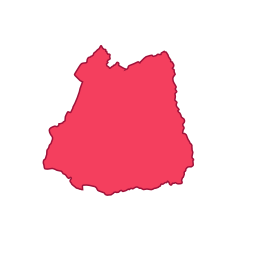 outline of Sop Prap, Lampang, Thailand, rotated 308°
{"feature_id": "78962969B39670710087023", "entity_name": "Sop Prap", "entity_type": "district", "adm_level": 2, "iso_a3": "THA", "parent_name": "Thailand", "parent_adm1": "Lampang", "projection": "orthographic", "projection_center": [99.346, 17.89], "detail": "fine", "context": "isolated", "style": "filled", "palette": "rose", "viewbox_px": 256, "rotation_deg": 308, "n_neighbors": 0, "source": "geoboundaries", "source_scale": "gbopen_adm2", "svg_char_len": 5775}
<svg xmlns="http://www.w3.org/2000/svg" viewBox="0 0 256 256"><g transform="rotate(308 128 128)"><path d="M88.8,71.0L88.0,71.5L87.0,71.8L85.4,71.3L85.2,71.0L84.5,69.3L83.9,68.8L82.2,67.8L80.6,67.1L79.5,66.9L78.6,67.0L77.7,67.4L76.9,68.3L76.3,69.0L75.2,71.2L74.6,73.4L74.0,74.4L73.5,74.8L72.7,75.4L68.6,76.8L67.7,76.8L66.6,76.7L66.0,76.7L63.8,77.6L62.9,77.8L60.9,77.8L60.2,78.1L57.2,80.2L53.0,81.8L52.4,81.8L50.9,81.4L50.3,81.6L49.6,81.9L48.3,82.8L47.0,84.6L45.4,86.3L45.0,86.9L44.8,87.4L44.8,87.7L45.3,88.7L45.9,89.6L46.6,90.4L49.0,92.7L49.5,93.3L49.9,94.0L50.4,95.4L51.0,98.1L52.7,101.6L52.9,102.3L52.7,103.3L52.5,103.7L52.4,104.2L52.1,104.9L52.6,106.9L52.6,107.6L52.5,108.4L51.9,110.1L51.7,111.8L51.8,112.2L52.0,112.4L53.5,112.9L53.7,113.1L53.8,113.3L53.9,113.6L53.8,113.8L53.6,114.2L53.3,114.4L52.7,114.5L51.2,114.6L50.6,115.0L50.2,115.4L50.0,116.0L49.9,116.6L49.3,118.0L49.1,118.5L49.0,120.0L49.0,122.5L48.9,123.8L49.2,125.2L49.8,125.9L49.9,127.2L50.5,128.1L50.9,129.3L51.5,130.2L53.8,128.1L54.4,127.8L54.7,127.7L55.0,127.8L55.5,128.0L57.6,130.5L59.2,133.2L61.1,137.3L61.5,138.3L61.5,139.0L61.4,139.9L61.2,140.5L60.8,141.2L60.5,142.1L60.3,142.6L60.4,143.2L60.5,143.9L62.1,148.7L62.2,149.0L62.1,149.6L61.7,150.9L61.8,151.7L61.9,152.1L62.3,152.9L62.7,153.4L63.8,154.5L64.8,155.7L67.5,156.6L68.6,156.7L68.8,156.7L69.1,157.1L69.9,157.7L70.0,157.9L70.2,158.7L71.4,159.9L72.2,160.2L73.6,160.4L74.5,160.9L74.8,161.5L74.7,162.3L74.8,162.9L75.4,163.5L76.5,164.2L77.1,164.7L77.5,164.9L79.8,165.8L80.1,166.0L80.2,166.8L80.4,167.0L80.7,167.1L81.6,167.1L82.2,167.5L82.4,167.9L82.8,168.4L82.9,169.1L83.1,169.3L85.5,170.2L86.2,170.6L87.0,171.3L87.3,172.0L87.6,174.1L88.0,174.6L88.5,175.4L88.9,177.7L89.2,178.3L89.8,178.8L91.6,180.5L93.0,183.0L93.8,184.3L94.3,184.7L95.4,185.4L96.3,185.7L96.7,186.0L97.9,187.1L100.0,188.4L101.2,188.6L101.9,189.1L102.8,189.0L103.5,188.7L104.0,188.7L104.5,189.0L105.0,189.8L105.3,190.1L106.5,190.5L107.7,190.8L108.1,191.2L108.5,191.8L108.7,192.0L109.0,192.1L110.1,191.9L110.4,192.0L110.5,192.4L110.3,193.7L110.2,194.0L109.4,195.2L109.3,196.2L109.4,196.9L109.6,197.1L110.2,197.3L110.6,197.3L111.5,197.0L111.8,197.1L112.5,198.0L112.9,198.4L114.0,198.9L114.1,199.1L114.3,200.4L114.7,201.6L115.2,202.3L116.5,203.7L117.0,204.1L117.5,204.3L117.9,204.4L118.2,204.3L118.8,203.8L119.5,202.7L120.3,202.2L122.3,201.6L123.3,201.8L126.0,200.9L127.7,199.5L128.3,199.5L129.2,199.7L129.9,199.7L131.2,198.9L131.6,198.9L133.1,198.9L134.2,199.3L135.1,200.0L136.2,201.6L136.7,201.9L137.3,202.1L138.2,202.3L139.0,202.2L142.0,199.4L142.3,199.2L142.8,199.2L143.2,199.3L143.7,198.8L143.9,197.1L144.1,196.7L145.2,195.8L148.4,194.3L148.8,194.0L150.2,191.9L150.8,191.5L152.4,190.0L153.6,189.1L154.0,188.3L154.2,187.6L154.2,186.8L154.3,186.2L155.2,184.5L156.0,182.2L158.4,178.2L158.5,177.8L158.5,176.4L158.4,175.8L157.8,175.0L157.7,174.6L157.8,174.1L158.2,173.8L160.3,172.7L162.0,172.4L162.6,172.1L163.0,171.5L163.3,170.9L163.4,170.4L163.6,169.9L164.3,169.2L164.7,168.9L165.5,168.8L167.0,168.8L167.9,168.5L168.8,167.8L169.5,166.6L169.5,165.9L169.5,163.5L169.6,163.2L170.7,161.7L171.6,159.8L171.7,158.1L172.0,157.0L172.2,156.7L172.5,156.6L173.6,156.9L174.0,156.8L174.3,155.8L174.7,153.8L174.9,153.0L175.6,152.1L176.5,151.4L177.1,151.2L178.1,150.9L178.3,150.8L178.5,150.4L178.7,148.5L178.8,147.9L179.0,147.6L181.7,146.1L182.1,145.8L183.5,144.3L184.1,143.9L184.7,143.9L186.0,144.1L186.4,144.1L186.7,144.0L187.0,143.5L187.4,142.0L187.7,141.5L187.9,141.2L188.2,141.1L189.5,140.9L189.9,140.7L190.2,140.4L191.8,136.5L192.5,135.1L193.1,134.3L194.5,132.9L195.6,132.4L196.3,132.2L197.4,132.2L198.0,132.0L199.0,132.2L199.3,132.1L199.7,131.5L200.6,129.9L202.0,128.7L202.3,128.3L202.3,127.8L202.2,126.6L202.3,126.3L202.6,126.1L203.9,126.2L204.2,126.2L205.5,125.6L205.9,125.2L206.4,124.3L206.6,123.3L207.2,122.6L207.2,122.4L206.7,121.0L206.7,120.7L206.8,120.5L207.7,120.0L207.9,119.7L208.9,116.6L209.1,116.1L210.2,114.5L211.2,111.6L211.2,111.2L210.5,109.9L210.5,109.5L210.6,109.3L207.6,108.1L207.1,108.2L206.5,108.6L206.2,108.7L205.4,107.8L204.8,106.6L204.2,105.9L203.9,105.8L202.6,105.7L201.5,105.0L200.2,104.0L200.0,103.7L199.9,103.4L200.1,102.3L200.1,102.1L198.6,100.7L195.3,98.4L194.2,98.1L192.5,97.7L191.3,97.6L190.0,97.4L188.6,97.3L187.9,97.1L187.5,97.1L186.7,97.3L186.4,96.9L186.5,95.6L186.3,95.2L185.7,94.8L182.5,93.2L177.8,90.5L177.1,90.4L176.8,90.4L176.4,90.5L175.8,90.9L174.9,91.0L173.8,90.9L172.6,90.2L172.8,90.2L173.0,89.8L172.6,88.7L172.2,86.7L171.6,82.3L171.8,81.8L172.2,81.6L172.8,81.4L173.3,80.8L173.5,80.1L173.3,79.4L173.0,79.0L172.7,78.9L170.9,79.0L169.5,78.8L169.2,78.7L168.9,78.3L168.6,78.1L168.0,78.1L167.5,78.1L166.5,77.6L164.5,77.2L163.9,76.9L163.8,76.7L164.1,75.7L164.2,75.1L164.0,73.3L164.1,73.1L164.4,72.5L165.0,71.9L165.2,71.7L165.7,71.7L167.2,71.9L167.3,71.8L167.5,70.8L167.9,70.6L168.3,70.5L169.1,70.5L170.7,71.1L171.4,71.3L171.6,71.2L172.9,69.7L173.3,69.4L174.4,68.9L174.7,68.6L174.7,68.0L174.5,67.5L173.9,66.9L173.8,66.7L174.3,65.0L175.2,64.1L175.1,63.8L174.8,63.4L174.8,63.2L176.0,62.2L176.0,61.9L175.3,60.7L175.2,60.0L175.4,58.6L176.3,56.6L176.3,56.2L176.1,56.0L175.3,56.0L173.7,56.3L172.7,56.4L170.7,55.8L168.4,55.6L166.9,55.2L166.0,55.0L164.1,55.6L163.5,55.6L162.6,55.3L161.7,54.7L161.0,54.8L159.6,53.7L158.5,53.4L157.7,53.5L156.7,53.8L154.8,54.9L154.4,55.0L154.0,54.9L153.4,54.7L151.9,53.1L150.7,52.1L150.3,51.9L148.9,51.6L146.1,51.8L139.8,52.5L138.2,52.7L137.2,53.0L136.9,53.6L136.7,54.3L135.9,60.9L136.0,61.9L136.4,63.8L129.8,65.9L126.3,67.5L120.7,69.4L114.8,71.0L110.5,71.8L110.1,72.1L109.7,72.3L105.4,73.2L104.8,73.1L104.4,72.3L103.9,70.9L103.7,70.7L102.6,70.7L100.2,71.2L98.3,71.7L97.5,72.2L97.1,72.6L96.5,72.8L95.3,73.8L94.9,73.9L93.9,73.7L93.0,73.3L92.0,73.4L91.7,73.3L89.6,71.9L88.8,71.0Z" fill="#f43f5e" stroke="#9f1239" stroke-width="1.5"/></g></svg>